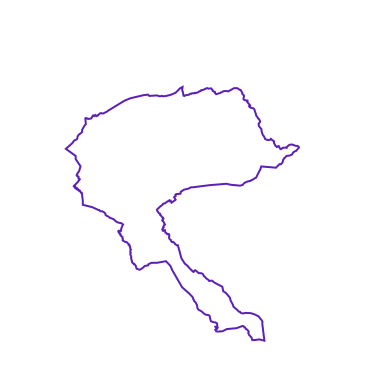 the district of Buntesti, Bihor, Romania, rotated 27°
{"feature_id": "2599482B87809505913466", "entity_name": "Buntesti", "entity_type": "district", "adm_level": 2, "iso_a3": "ROU", "parent_name": "Romania", "parent_adm1": "Bihor", "projection": "mercator", "projection_center": [22.534, 46.609], "detail": "fine", "context": "isolated", "style": "outline", "palette": "violet", "viewbox_px": 384, "rotation_deg": 27, "n_neighbors": 0, "source": "geoboundaries", "source_scale": "gbopen_adm2", "svg_char_len": 6014}
<svg xmlns="http://www.w3.org/2000/svg" viewBox="0 0 384 384"><g transform="rotate(27 192 192)"><path d="M156.4,266.3L159.4,267.3L159.5,267.6L160.0,267.3L160.4,267.7L160.7,268.4L161.5,268.6L161.7,269.3L162.3,269.7L162.6,270.4L163.3,270.8L163.1,271.0L163.8,271.9L164.1,272.8L164.0,273.0L164.7,273.7L164.7,274.2L165.3,274.7L165.2,275.4L167.3,277.3L167.8,278.7L169.9,280.8L170.0,281.3L170.6,281.9L171.6,282.3L172.7,282.2L173.0,282.7L173.8,282.5L175.2,283.2L177.5,285.5L180.7,285.0L181.9,283.3L182.8,281.5L183.3,279.8L184.0,278.9L186.2,277.3L186.0,276.1L187.9,273.6L192.9,271.0L200.2,265.5L206.3,267.6L210.0,270.7L226.5,281.4L235.8,283.8L240.1,285.3L241.2,286.0L241.7,286.9L243.1,287.6L243.8,288.4L245.3,288.7L247.6,290.4L250.1,293.5L252.0,294.1L253.2,293.9L255.0,294.1L258.3,295.0L259.7,295.1L262.6,294.2L263.7,294.2L264.5,295.0L264.9,295.8L267.6,298.6L270.4,298.2L271.9,297.6L274.0,297.7L275.6,300.2L274.0,301.4L274.6,301.9L276.4,301.4L276.5,302.5L275.3,304.1L276.8,305.1L278.3,304.7L282.4,302.2L285.3,298.3L293.2,293.3L295.3,291.3L295.7,290.6L296.7,289.8L297.1,289.1L298.1,288.3L299.0,288.2L300.0,288.8L300.6,288.6L302.3,289.6L303.2,289.5L305.6,290.4L306.1,290.9L306.1,291.8L306.3,292.3L307.5,293.3L311.1,294.7L313.0,296.6L315.9,294.9L318.8,292.8L324.0,291.6L314.3,277.3L313.7,275.6L312.4,274.7L307.8,272.6L303.7,272.6L299.6,273.2L295.0,275.2L292.1,277.3L290.1,277.6L289.3,277.0L287.9,277.3L286.5,276.7L281.0,275.4L279.9,274.1L275.6,271.1L273.8,269.0L268.1,266.6L264.8,266.2L262.3,262.9L261.8,262.6L253.2,262.6L250.0,261.9L247.7,263.5L246.7,262.9L244.3,262.6L241.3,261.5L240.8,261.6L239.2,260.3L237.3,260.1L234.9,261.2L230.5,260.2L229.8,261.0L229.9,261.6L229.7,262.5L228.9,262.5L222.9,260.5L221.9,259.9L218.6,259.2L217.0,258.5L216.2,257.9L212.9,256.1L203.6,245.9L202.9,246.4L200.4,246.0L199.6,245.4L197.8,245.0L197.2,245.7L196.8,245.7L195.8,245.3L195.1,244.4L193.6,244.2L192.8,243.7L191.9,242.6L191.7,241.2L190.8,240.2L190.4,240.0L189.0,240.9L188.1,240.2L186.7,240.3L185.3,238.4L185.0,238.3L184.3,238.9L183.9,239.8L183.6,239.8L183.5,239.4L182.4,238.7L182.8,236.5L182.3,236.3L182.5,235.7L182.0,234.6L182.7,233.3L179.6,231.1L179.0,231.2L178.4,230.9L178.3,230.3L178.7,228.9L177.7,228.5L177.7,228.0L176.7,227.9L174.7,227.0L174.0,226.9L173.7,226.5L173.8,226.1L173.4,225.9L171.8,225.9L170.8,225.1L169.4,224.5L168.8,223.4L170.4,219.0L171.5,216.9L171.5,215.7L173.2,214.2L173.4,213.4L175.6,209.7L176.5,210.3L177.0,209.5L178.6,210.8L180.7,206.9L180.9,206.3L178.4,204.8L178.9,203.6L179.3,203.0L178.4,201.9L179.3,200.7L180.9,199.8L181.1,199.9L181.5,199.3L182.5,198.7L181.9,196.9L183.8,193.6L187.7,190.2L188.4,188.9L189.2,188.1L189.9,187.9L204.6,177.9L219.0,169.0L223.4,167.9L232.0,164.5L234.0,162.5L234.3,160.7L235.6,158.7L237.5,156.7L239.2,155.5L239.5,154.5L240.2,153.9L242.0,150.8L242.6,150.1L242.5,143.1L242.7,141.5L242.1,137.8L255.8,132.2L257.3,127.5L257.8,127.1L258.5,127.0L258.9,126.2L259.2,124.6L259.0,123.1L258.6,122.2L258.8,121.3L258.7,120.4L259.5,118.5L259.7,117.3L260.2,116.7L262.7,115.0L263.8,113.6L264.2,112.5L264.1,111.2L264.4,110.3L265.2,109.0L266.1,108.2L267.1,103.7L266.3,103.2L265.1,103.1L263.0,103.9L262.0,103.9L261.4,104.2L260.0,104.1L258.0,105.2L257.0,106.4L256.5,107.6L256.1,109.1L256.3,109.7L255.0,110.0L252.9,111.4L252.0,113.1L251.7,113.5L250.8,113.4L248.4,111.7L247.9,112.0L247.8,112.7L247.1,113.4L246.3,113.0L245.5,113.0L242.8,111.1L242.5,110.7L242.5,110.2L241.8,109.5L240.2,109.4L238.2,108.8L238.0,109.9L235.8,111.4L233.2,111.6L230.9,109.8L229.0,108.9L226.3,106.1L225.4,104.5L221.6,102.9L220.3,100.8L220.3,100.5L220.7,99.7L220.8,99.0L220.7,98.4L220.4,97.9L218.2,96.4L217.5,96.5L216.0,95.4L214.8,95.0L212.9,92.9L209.9,90.0L208.8,89.6L205.9,90.3L204.6,90.1L203.9,89.6L204.7,88.8L204.6,88.5L200.2,86.6L200.2,85.8L199.9,85.3L198.7,85.9L196.1,86.2L195.5,85.5L195.0,83.9L195.0,83.2L194.4,82.4L192.1,81.6L191.8,80.8L188.9,79.0L188.2,79.3L185.3,78.9L182.4,80.3L178.5,86.0L177.3,86.2L174.7,87.5L173.8,88.5L173.4,89.5L172.5,90.2L172.1,91.1L169.1,93.9L167.2,93.2L167.1,92.5L164.6,92.6L164.3,92.3L164.2,91.9L162.0,91.0L159.6,92.5L158.2,92.6L155.2,96.4L154.4,96.7L153.7,97.6L153.8,98.2L152.9,98.9L152.1,100.5L150.4,102.1L149.8,102.3L149.7,102.7L149.1,102.7L148.5,103.4L146.9,104.3L146.9,104.7L145.6,105.5L145.5,106.2L144.6,107.1L141.7,109.3L141.6,109.9L140.7,110.0L138.4,106.9L137.0,105.8L135.9,102.7L134.4,104.8L132.3,111.1L128.9,115.1L125.3,118.2L122.7,119.9L121.3,120.1L120.3,121.1L119.0,121.6L117.0,121.8L110.3,125.8L108.6,125.2L104.9,127.7L94.6,136.4L90.3,141.4L80.6,157.2L79.7,159.0L77.2,162.4L76.2,162.9L75.4,162.8L74.3,163.8L73.3,166.7L73.0,166.6L72.3,167.8L71.0,167.3L70.5,168.6L69.9,168.5L69.8,168.9L69.0,168.9L68.8,172.2L66.8,173.8L65.8,173.9L65.6,174.2L64.3,174.1L63.5,174.7L66.6,179.8L66.1,181.5L65.9,185.4L66.0,187.0L66.7,188.0L66.8,188.4L66.2,190.3L65.2,192.0L64.9,193.5L64.9,194.7L65.5,196.4L65.4,197.5L63.5,199.9L63.5,201.1L63.1,203.0L60.0,210.8L72.0,212.7L73.3,215.4L81.0,219.7L81.9,224.4L81.4,228.5L82.2,229.0L82.4,229.5L82.2,229.8L84.1,230.1L84.1,230.6L84.5,231.2L85.9,231.4L85.8,232.3L86.1,232.2L85.8,234.7L84.1,240.0L84.1,240.3L84.4,240.2L84.3,240.5L85.4,240.9L85.5,240.5L86.0,240.9L85.8,241.4L86.1,241.5L86.2,241.3L86.5,241.5L86.9,241.3L86.9,241.0L87.2,241.0L87.2,240.7L87.5,240.7L87.9,241.8L88.7,241.9L89.0,241.6L89.1,241.8L89.7,241.4L89.9,241.5L89.7,241.9L90.3,242.0L90.4,241.7L90.6,241.7L90.5,241.9L91.0,242.3L91.9,242.1L92.1,242.4L92.9,242.5L93.4,243.1L94.3,242.9L98.9,249.7L100.5,253.0L110.0,250.8L117.1,250.5L117.4,250.2L118.4,250.6L119.6,250.6L120.8,249.9L123.7,250.1L124.7,250.7L125.4,251.7L127.2,252.0L128.8,251.8L130.2,252.3L134.4,251.8L137.6,252.7L139.2,252.9L143.5,251.9L145.3,252.2L145.4,255.4L145.7,257.1L146.4,258.8L145.4,259.5L145.4,259.9L144.4,259.7L144.1,260.4L144.3,260.7L144.8,260.6L144.9,261.0L145.9,261.4L145.9,261.6L146.6,261.5L147.2,261.9L147.1,262.2L147.4,262.8L148.4,262.9L148.8,263.4L149.7,263.5L150.3,263.9L150.6,263.8L151.1,264.8L151.4,264.9L151.4,265.2L152.1,266.0L152.2,266.6L154.9,266.8L156.4,266.3Z" fill="none" stroke="#5b21b6" stroke-width="2"/></g></svg>